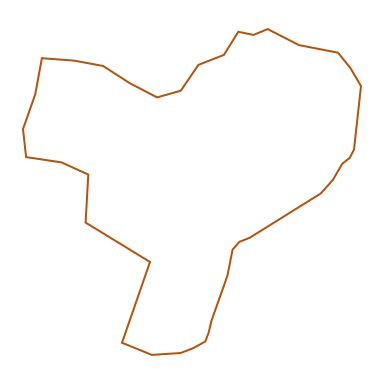 the County of Dokolo
{"feature_id": "UGA-3100", "entity_name": "Dokolo", "entity_type": "County", "adm_level": 1, "iso_a3": "UGA", "parent_name": "Uganda", "parent_adm1": "", "projection": "albers", "projection_center": [33.084, 1.906], "detail": "fine", "context": "isolated", "style": "outline", "palette": "amber", "viewbox_px": 384, "rotation_deg": 0, "n_neighbors": 0, "source": "natural_earth", "source_scale": "10m", "svg_char_len": 570}
<svg xmlns="http://www.w3.org/2000/svg" viewBox="0 0 384 384"><path d="M85.6,222.6L88.3,174.6L61.4,162.4L26.1,157.1L23.0,129.1L35.2,94.5L41.9,58.2L73.9,60.6L103.1,66.0L129.6,83.1L157.0,97.4L180.8,90.7L198.4,64.9L223.9,54.9L238.3,31.8L253.5,34.9L267.7,29.1L298.9,45.1L338.0,52.7L350.5,68.2L361.0,86.1L354.0,149.6L349.7,157.9L342.3,163.7L332.9,179.9L320.7,193.5L249.6,237.8L239.5,241.8L232.6,249.5L227.5,275.5L211.4,321.0L208.7,332.5L205.3,341.5L193.3,348.1L180.6,353.0L151.8,354.9L122.0,342.8L150.0,262.0L85.6,222.6Z" fill="none" stroke="#b45309" stroke-width="2"/></svg>